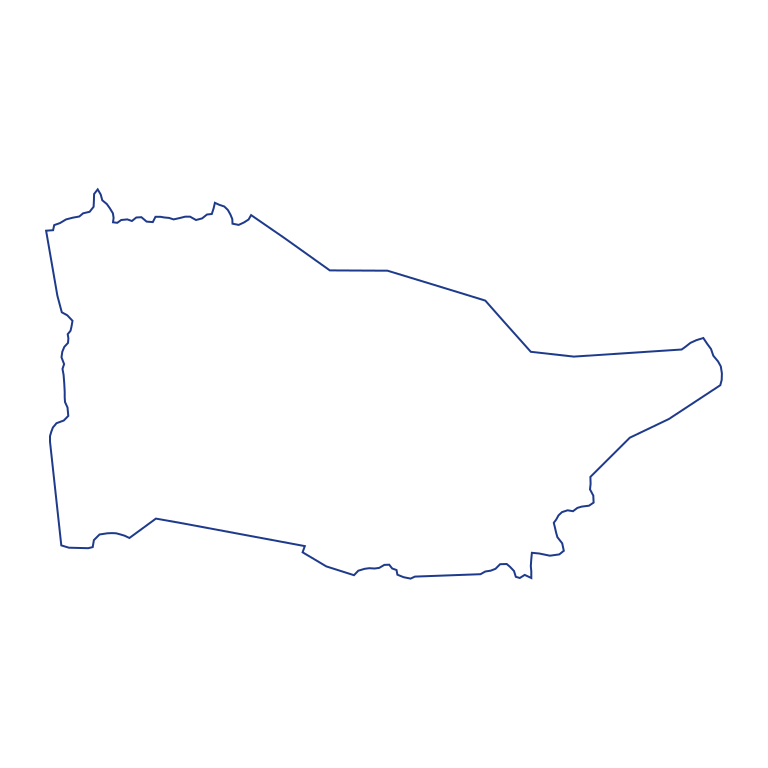 the district of Mairi, Bahia, Brazil
{"feature_id": "56859067B37301290219198", "entity_name": "Mairi", "entity_type": "district", "adm_level": 2, "iso_a3": "BRA", "parent_name": "Brazil", "parent_adm1": "Bahia", "projection": "mercator", "projection_center": [-40.194, -11.719], "detail": "fine", "context": "isolated", "style": "outline", "palette": "blue", "viewbox_px": 768, "rotation_deg": 0, "n_neighbors": 0, "source": "geoboundaries", "source_scale": "gbopen_adm2", "svg_char_len": 2168}
<svg xmlns="http://www.w3.org/2000/svg" viewBox="0 0 768 768"><path d="M531.3,578.0L531.3,571.2L530.8,566.3L531.3,558.9L531.9,552.8L539.2,553.5L549.9,555.7L559.3,554.4L563.8,550.8L562.2,543.3L557.4,537.2L556.1,532.6L555.0,527.8L553.8,522.8L556.3,519.4L558.5,515.4L562.0,512.1L567.6,510.3L573.0,511.2L577.4,507.9L581.7,506.6L589.0,505.7L593.6,502.6L593.3,495.6L590.0,489.4L590.6,483.9L590.4,476.9L629.8,437.7L668.9,419.0L720.3,385.2L721.7,379.9L721.9,373.4L720.8,366.4L718.1,361.5L713.3,355.7L711.0,349.0L707.1,343.7L703.3,338.0L696.3,340.2L690.4,342.9L685.7,346.6L681.7,349.5L573.8,356.6L530.8,351.8L504.2,322.0L485.3,300.6L446.9,288.8L387.5,270.7L329.8,270.4L316.2,260.7L284.2,237.9L251.1,215.1L248.6,219.5L243.9,222.5L238.7,224.9L232.5,223.7L232.3,219.1L230.4,214.5L227.9,210.0L224.3,206.5L219.0,204.7L214.9,202.8L213.6,208.4L211.8,214.0L207.0,214.5L202.1,218.4L196.0,220.0L190.1,216.7L185.1,216.7L179.0,218.2L173.6,219.4L169.0,217.9L164.6,217.5L160.4,216.8L155.5,216.8L152.8,222.1L146.6,221.6L141.4,217.2L136.3,217.5L131.9,221.0L127.3,219.4L121.2,220.0L117.3,222.8L113.0,222.3L113.6,217.9L112.9,213.3L109.8,208.2L106.8,204.0L102.3,200.3L100.7,194.5L97.7,189.4L94.1,194.0L93.9,201.0L93.6,206.8L89.6,211.8L83.1,213.3L79.3,216.5L72.7,217.7L66.1,219.4L59.9,223.1L54.2,225.1L53.1,230.2L46.1,230.7L57.4,295.8L61.8,312.3L67.3,315.3L72.5,320.8L71.5,326.6L70.5,330.8L67.7,334.2L68.4,338.3L68.0,342.9L64.3,346.9L62.3,351.7L61.5,357.3L64.1,364.1L62.5,368.9L63.6,375.0L64.3,384.1L64.7,391.9L64.7,397.3L65.0,402.0L67.5,407.5L68.3,415.9L63.8,420.5L56.5,423.2L52.9,427.5L51.3,431.7L50.0,436.1L50.0,441.7L61.3,545.4L68.9,547.7L80.7,548.0L88.2,548.2L92.7,547.1L93.9,540.1L99.5,534.5L107.3,533.3L112.1,533.1L116.2,533.3L120.6,534.5L124.6,535.7L129.4,538.0L155.9,518.6L182.4,523.3L304.8,546.1L302.6,552.3L326.3,566.4L354.0,575.2L358.3,570.7L364.7,568.8L369.3,568.2L374.7,568.5L379.2,567.9L384.3,564.9L389.2,564.7L392.2,568.5L396.5,570.0L397.4,574.7L403.6,577.2L410.6,578.6L414.9,576.6L480.5,574.2L485.3,571.5L490.6,570.7L495.5,568.8L500.1,564.2L506.7,564.0L509.9,566.7L514.0,571.0L515.8,576.8L519.8,578.0L524.7,574.9L531.3,578.0Z" fill="none" stroke="#1e3a8a" stroke-width="2"/></svg>